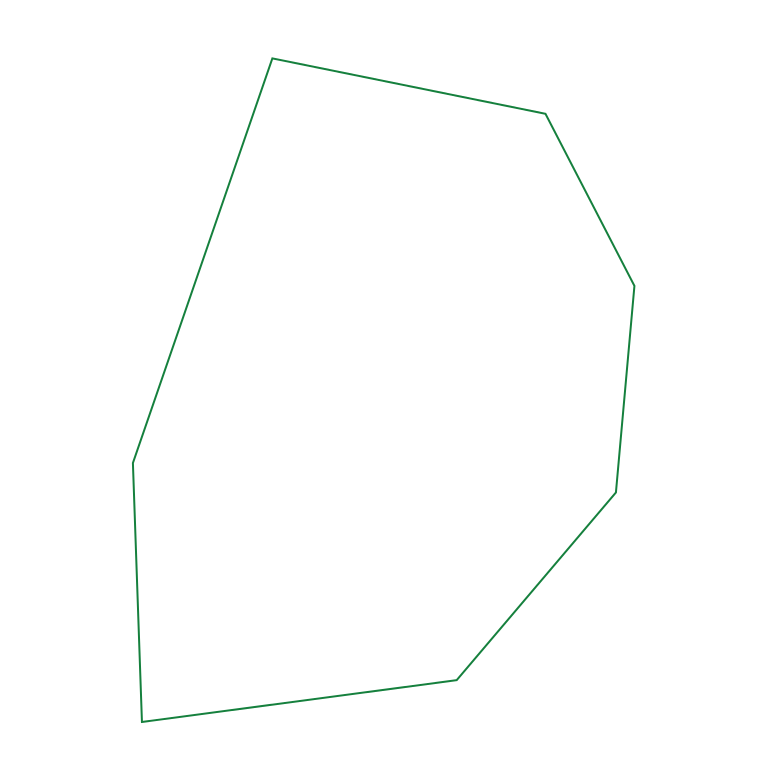 the district of Maradi, Maradi, Niger, rotated 88°
{"feature_id": "23599985B96333695472040", "entity_name": "Maradi", "entity_type": "district", "adm_level": 2, "iso_a3": "NER", "parent_name": "Niger", "parent_adm1": "Maradi", "projection": "mercator", "projection_center": [7.133, 13.501], "detail": "fine", "context": "isolated", "style": "outline", "palette": "green", "viewbox_px": 768, "rotation_deg": 88, "n_neighbors": 0, "source": "geoboundaries", "source_scale": "gbopen_adm2", "svg_char_len": 260}
<svg xmlns="http://www.w3.org/2000/svg" viewBox="0 0 768 768"><g transform="rotate(88 384 384)"><path d="M119.6,213.2L54.7,484.2L454.2,637.7L713.3,637.7L682.5,321.7L500.5,156.0L294.7,130.3L119.6,213.2Z" fill="none" stroke="#15803d" stroke-width="2"/></g></svg>